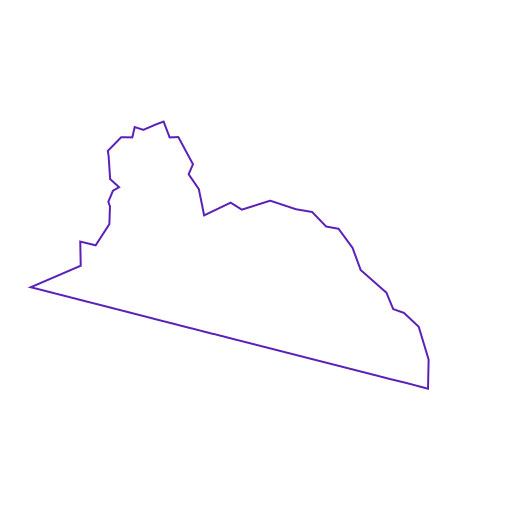 outline of Caroline, Maryland, United States of America, rotated 108°
{"feature_id": "52423323B10584672826222", "entity_name": "Caroline", "entity_type": "district", "adm_level": 2, "iso_a3": "USA", "parent_name": "United States of America", "parent_adm1": "Maryland", "projection": "natural_earth1", "projection_center": [-75.855, 38.889], "detail": "fine", "context": "isolated", "style": "outline", "palette": "violet", "viewbox_px": 512, "rotation_deg": 108, "n_neighbors": 0, "source": "geoboundaries", "source_scale": "gbopen_adm2", "svg_char_len": 843}
<svg xmlns="http://www.w3.org/2000/svg" viewBox="0 0 512 512"><g transform="rotate(108 256 256)"><path d="M199.2,232.6L199.0,259.6L216.3,283.8L213.1,296.6L233.4,317.9L224.6,322.8L210.0,331.1L199.1,345.3L188.2,344.3L166.9,366.6L169.9,374.8L156.7,385.4L161.6,391.6L170.8,402.1L170.9,411.2L181.4,410.3L184.7,420.9L201.8,429.4L206.6,427.0L227.9,418.5L232.9,407.5L238.1,412.2L250.1,413.2L254.0,410.2L271.0,405.3L295.4,411.8L296.6,427.6L319.4,419.7L355.3,460.6L351.7,404.0L348.6,355.7L346.8,326.4L345.7,310.1L345.4,303.9L345.3,303.7L345.2,301.1L344.4,290.2L344.4,289.3L343.4,272.9L343.2,272.0L341.9,251.0L332.6,106.7L331.6,90.4L330.3,74.0L330.1,69.7L329.1,51.4L301.2,59.8L273.0,79.4L264.4,97.7L264.1,109.1L250.6,120.6L237.0,152.1L218.4,166.7L204.6,185.9L206.3,198.4L196.8,216.2L199.2,232.6Z" fill="none" stroke="#5b21b6" stroke-width="2"/></g></svg>